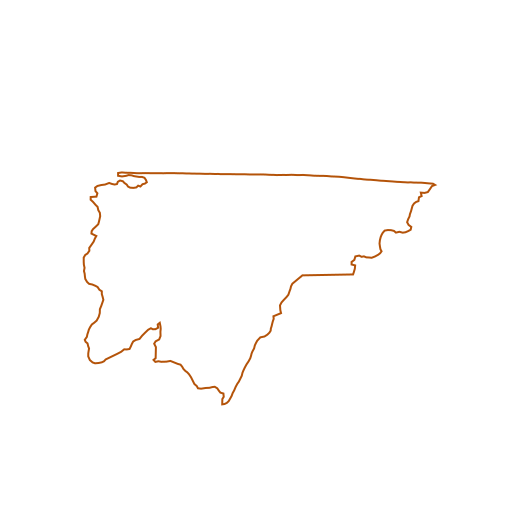 Conde, Bahia, Brazil, rotated 249°
{"feature_id": "56859067B41531106356", "entity_name": "Conde", "entity_type": "district", "adm_level": 2, "iso_a3": "BRA", "parent_name": "Brazil", "parent_adm1": "Bahia", "projection": "robinson", "projection_center": [-37.676, -11.864], "detail": "fine", "context": "isolated", "style": "outline", "palette": "amber", "viewbox_px": 512, "rotation_deg": 249, "n_neighbors": 0, "source": "geoboundaries", "source_scale": "gbopen_adm2", "svg_char_len": 4447}
<svg xmlns="http://www.w3.org/2000/svg" viewBox="0 0 512 512"><g transform="rotate(249 256 256)"><path d="M382.9,157.0L380.3,156.0L378.3,159.4L377.4,163.4L377.2,166.1L375.8,168.9L374.3,170.7L372.8,173.3L371.6,175.4L370.7,177.9L369.0,179.9L366.5,180.5L364.0,180.5L363.4,178.2L363.7,175.8L362.3,173.0L363.9,171.2L362.9,168.9L363.5,166.0L364.9,163.0L366.7,161.4L369.0,160.9L371.4,159.3L373.5,158.5L375.2,156.1L374.8,153.6L373.0,152.0L373.4,149.6L374.9,147.3L376.8,145.1L376.8,140.7L377.7,137.0L378.2,133.1L377.5,130.3L374.1,129.4L371.4,130.4L368.6,128.3L369.5,125.5L370.3,122.8L367.8,121.8L365.0,123.2L361.1,124.6L358.7,125.7L355.3,125.2L352.3,125.7L349.0,124.8L346.6,123.2L344.2,121.6L342.2,120.1L340.8,116.8L339.5,113.5L338.1,111.5L335.9,110.4L333.7,112.4L331.9,114.1L330.0,111.8L327.6,109.6L324.8,105.5L323.3,103.2L320.6,102.3L318.7,99.5L318.2,97.0L316.3,94.6L312.1,93.0L309.6,92.2L306.4,91.7L303.6,90.0L300.9,89.7L298.0,88.9L295.7,88.4L292.3,89.0L289.8,90.2L288.1,92.9L285.7,95.4L283.8,97.0L280.6,97.7L278.3,99.4L275.7,98.4L273.0,98.2L269.8,97.8L267.3,95.7L264.7,93.5L262.3,91.2L258.7,89.7L255.6,87.4L252.8,84.1L251.7,81.1L250.9,78.2L249.0,75.6L247.2,73.6L245.1,72.0L243.3,70.5L241.1,69.1L239.1,66.1L236.9,66.2L234.8,67.4L231.9,67.0L229.5,67.0L227.3,65.7L225.2,64.5L222.4,63.4L218.4,63.6L215.2,65.3L213.5,67.3L212.5,70.8L212.0,74.0L212.2,76.4L213.3,78.6L214.4,91.5L214.9,95.8L216.1,99.5L215.1,101.8L214.5,104.6L216.5,106.8L218.4,108.6L220.2,110.7L220.7,113.6L220.3,117.5L222.4,121.1L224.2,125.1L225.8,128.9L226.2,132.0L224.6,133.4L223.7,135.9L224.1,138.9L227.3,139.7L228.1,142.2L224.5,141.6L222.1,140.9L219.5,139.6L215.5,138.2L212.8,135.7L212.3,131.7L210.6,129.5L206.8,129.9L196.6,125.7L195.7,123.1L193.2,124.1L192.7,127.2L191.2,129.6L189.5,134.4L188.7,138.5L183.3,144.3L181.6,146.6L179.1,147.4L176.5,147.8L173.9,148.9L172.1,150.1L169.6,151.1L166.0,151.9L161.8,152.3L158.6,152.6L155.8,154.1L153.3,154.4L151.8,157.2L150.8,161.8L149.6,165.4L149.3,168.2L148.7,170.6L146.4,172.4L143.4,173.1L141.2,173.8L139.3,176.3L136.1,175.4L134.5,173.3L129.6,171.3L129.1,173.6L129.3,176.1L130.3,178.5L132.5,181.2L134.2,183.2L136.3,185.0L138.3,187.4L141.1,190.1L143.5,192.9L144.8,194.9L146.9,197.2L149.3,199.8L151.8,201.5L153.5,203.1L155.8,205.5L158.2,208.3L160.3,211.3L162.6,214.0L164.6,215.6L166.5,216.9L168.1,218.4L170.4,221.1L173.0,222.9L174.8,224.8L176.5,226.8L178.5,230.9L177.8,235.1L178.5,238.4L179.6,241.0L181.0,242.9L183.0,243.9L184.7,245.3L187.2,247.0L189.0,248.3L191.0,250.0L193.5,250.7L193.7,258.9L196.7,259.3L201.3,260.7L203.5,263.2L205.0,266.1L206.7,269.7L208.2,272.3L211.2,274.8L213.0,276.4L215.1,277.8L217.1,280.0L221.3,292.4L204.0,340.0L205.8,341.5L208.7,343.7L211.7,345.2L213.8,342.2L216.2,343.1L217.1,346.4L220.0,348.6L219.4,352.5L217.4,354.3L217.0,356.6L215.2,358.5L214.0,361.2L212.9,363.3L212.9,366.8L213.4,370.6L214.1,372.9L215.4,374.9L217.7,374.6L220.4,375.1L223.4,375.8L226.3,377.3L229.0,379.2L230.8,380.9L232.2,382.6L233.6,385.2L233.0,388.3L231.8,391.2L230.0,393.8L227.7,395.0L227.2,398.6L225.2,401.3L224.6,404.0L224.7,406.9L225.1,409.8L227.5,411.4L230.3,409.6L233.4,409.2L235.9,411.3L237.9,413.5L239.9,414.7L242.3,416.8L246.8,420.1L248.4,422.4L249.1,424.9L249.0,427.3L252.4,429.2L252.6,432.1L256.1,432.6L254.5,435.9L254.1,439.3L256.0,442.2L258.2,445.3L258.2,448.6L260.1,447.1L261.9,443.3L263.9,439.3L265.3,436.4L266.6,433.1L267.9,429.8L269.4,426.7L270.2,424.2L271.5,421.4L272.5,419.1L273.5,417.0L274.8,414.0L276.7,410.1L278.7,405.8L280.4,402.2L281.8,399.0L283.5,395.7L285.1,392.4L286.3,389.9L287.3,387.4L289.0,383.9L290.6,381.0L291.6,378.6L293.5,374.9L295.7,370.7L298.2,366.0L300.0,362.4L301.6,358.8L303.3,354.8L305.1,351.2L306.8,347.3L308.0,344.2L309.1,341.5L310.4,338.4L311.7,335.8L313.5,331.8L314.8,329.0L315.8,326.1L316.9,323.2L317.9,321.0L319.1,318.2L319.9,315.8L320.7,313.5L321.7,311.0L322.6,308.6L323.4,306.4L324.2,304.2L325.3,301.8L327.0,297.6L328.8,293.7L330.4,289.8L332.1,285.2L333.0,283.0L334.6,278.8L336.5,274.4L338.0,270.5L339.7,266.1L340.8,263.4L342.0,260.4L343.3,257.0L344.2,254.6L345.1,252.3L346.2,250.0L347.0,247.7L348.1,245.1L349.2,242.6L350.2,239.7L351.1,237.5L352.8,233.5L354.1,230.2L355.0,228.0L355.9,225.7L357.3,222.5L358.3,219.9L359.6,217.0L360.7,214.0L361.7,211.6L362.6,209.5L363.9,206.2L365.2,202.8L366.4,199.3L368.1,195.1L369.6,191.1L371.2,187.0L372.9,182.8L374.1,179.5L375.2,176.4L376.2,174.0L377.5,171.2L379.0,167.8L380.4,164.2L382.1,160.7L382.9,157.0Z" fill="none" stroke="#b45309" stroke-width="2"/></g></svg>